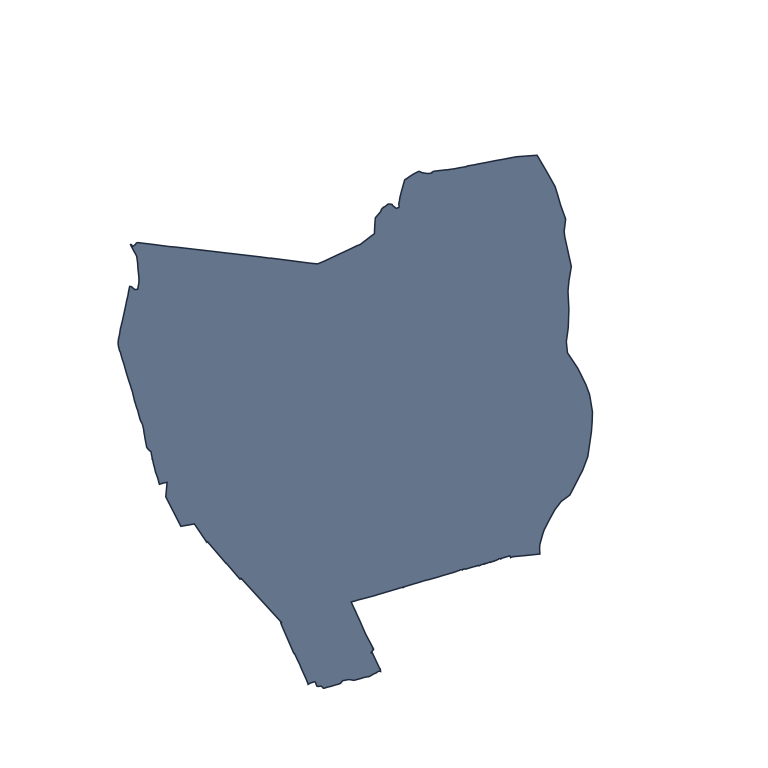 Daeni, Tulcea, Romania (orthographic projection), rotated 150°
{"feature_id": "2599482B15451384622174", "entity_name": "Daeni", "entity_type": "district", "adm_level": 2, "iso_a3": "ROU", "parent_name": "Romania", "parent_adm1": "Tulcea", "projection": "orthographic", "projection_center": [28.176, 44.832], "detail": "fine", "context": "isolated", "style": "filled", "palette": "slate", "viewbox_px": 768, "rotation_deg": 150, "n_neighbors": 0, "source": "geoboundaries", "source_scale": "gbopen_adm2", "svg_char_len": 6063}
<svg xmlns="http://www.w3.org/2000/svg" viewBox="0 0 768 768"><g transform="rotate(150 384 384)"><path d="M137.1,505.6L155.9,514.7L168.9,519.2L174.0,521.1L178.6,522.7L187.2,525.6L192.4,527.5L195.7,528.5L203.1,531.3L203.9,531.1L204.9,531.4L210.3,533.5L215.2,535.1L218.6,536.5L222.1,537.9L224.1,538.9L227.2,540.2L229.6,541.3L234.4,543.3L235.3,543.5L236.5,543.0L236.8,543.4L238.0,543.1L240.7,544.3L242.5,545.6L245.6,548.3L247.1,550.5L247.8,550.8L253.3,551.1L258.1,550.9L261.9,550.5L263.5,550.6L264.4,550.1L272.3,542.4L276.5,538.1L278.6,535.6L279.4,534.3L279.6,534.3L281.3,532.5L282.1,530.1L282.4,529.9L282.9,529.6L283.6,529.5L283.9,529.7L285.1,529.9L285.6,530.1L286.0,530.7L286.3,532.0L287.1,533.6L287.3,534.7L287.2,535.4L288.3,536.5L290.1,537.6L290.5,537.8L293.7,537.2L294.9,537.2L296.4,537.4L297.0,537.0L297.8,537.0L299.7,536.0L300.0,535.5L300.5,535.2L300.8,535.0L301.5,534.7L308.3,532.3L308.5,532.1L310.4,529.4L315.4,521.8L317.0,519.1L317.8,518.9L320.4,518.6L320.9,518.6L324.4,518.1L329.8,517.4L334.5,516.7L336.8,517.0L337.0,517.1L338.3,517.3L344.2,517.7L368.4,519.8L374.5,520.3L380.7,521.1L381.7,521.4L387.6,525.6L400.5,535.5L413.5,545.4L418.9,549.5L419.9,550.1L420.6,550.4L422.4,552.0L425.3,554.1L425.9,554.7L432.5,559.6L433.1,559.9L433.2,560.1L450.8,573.2L454.1,575.6L468.1,586.1L468.3,586.3L468.6,586.4L496.0,606.8L501.4,610.5L514.0,620.2L526.4,629.5L527.0,629.8L527.7,629.9L528.3,629.8L529.3,629.3L530.9,628.9L532.9,628.8L533.1,628.9L533.0,631.0L533.6,631.5L533.8,631.5L533.9,630.9L534.2,623.3L534.2,619.8L534.4,618.1L536.7,612.4L539.5,606.7L543.1,598.6L545.6,594.3L550.0,589.2L552.6,590.4L554.1,594.7L555.5,595.7L559.5,591.2L561.3,588.9L566.2,583.8L567.2,582.5L574.2,574.8L578.9,569.6L580.9,567.6L582.7,565.6L584.3,564.1L586.3,561.6L588.5,558.9L591.4,555.8L593.4,553.1L594.3,551.5L595.0,549.8L596.4,545.1L596.4,543.6L598.2,536.8L598.7,534.3L599.2,531.6L599.8,529.4L601.7,522.0L603.4,514.5L604.0,511.4L604.5,509.0L604.7,508.4L604.7,507.9L605.2,506.2L605.8,502.9L606.3,501.5L607.6,496.9L608.1,495.5L608.8,493.0L609.1,491.1L609.4,490.1L609.9,488.0L610.2,486.3L610.6,484.0L611.8,479.8L612.7,476.3L613.1,474.8L613.2,473.2L613.3,472.6L613.2,471.5L613.5,469.4L613.6,469.0L614.6,465.8L614.8,465.1L616.1,462.1L617.2,458.9L618.1,456.7L619.2,453.5L619.7,452.1L620.6,449.3L621.1,448.2L621.1,447.0L620.9,445.7L620.6,444.5L620.2,443.2L619.6,441.6L620.5,439.7L621.0,438.1L621.5,436.5L621.7,436.2L621.8,435.8L621.9,435.4L622.2,435.1L622.4,435.0L622.3,434.4L622.3,433.9L623.5,430.4L624.9,425.2L625.2,424.3L625.6,423.1L626.0,421.7L626.2,420.0L627.1,415.4L627.5,413.7L628.4,410.7L628.6,409.9L628.6,409.4L624.0,408.4L621.1,407.2L629.4,395.4L631.1,362.3L618.2,357.6L616.6,335.4L615.7,335.5L610.5,307.6L610.2,307.6L606.3,287.0L605.2,287.2L605.1,286.6L604.8,286.7L592.0,228.7L592.6,228.8L592.8,228.8L592.9,228.5L593.5,224.6L596.7,196.5L596.7,195.6L596.4,195.4L596.3,195.0L596.4,194.1L596.5,192.9L596.6,191.2L596.8,189.8L597.0,186.7L597.2,183.6L597.8,179.4L598.8,169.6L599.0,167.3L599.6,163.0L599.8,162.2L599.9,161.8L597.4,161.8L592.7,160.8L592.6,160.2L592.6,159.7L592.8,158.4L593.1,157.1L593.1,156.4L593.2,155.8L592.3,155.0L591.5,154.6L590.7,154.4L589.5,153.8L589.3,153.3L589.0,152.6L588.9,152.0L588.8,151.1L588.5,150.8L588.1,150.5L587.0,150.2L586.2,150.1L583.8,149.5L581.6,148.8L580.5,148.5L576.8,147.7L574.6,147.1L571.9,146.5L571.2,146.5L570.8,146.7L569.6,147.2L568.9,147.5L568.5,147.6L567.9,147.6L567.3,147.4L565.0,146.6L563.2,146.0L562.6,145.8L562.0,145.4L560.1,144.0L558.9,142.9L558.5,142.5L557.8,142.3L555.8,141.7L554.5,141.4L550.9,140.4L548.7,140.0L545.5,139.0L544.8,138.7L544.3,138.4L542.8,138.0L540.2,138.0L538.2,138.1L536.1,137.8L535.1,137.7L534.2,137.8L533.3,138.0L532.6,137.9L532.2,137.8L531.6,137.5L531.2,137.2L530.9,136.9L530.7,136.7L530.2,137.7L530.2,137.9L529.7,139.1L530.0,139.4L528.5,157.5L529.3,157.5L529.5,157.7L527.5,158.7L526.0,159.1L525.8,160.3L525.5,160.2L524.9,177.1L523.2,191.8L522.7,197.7L522.5,199.8L522.2,201.6L521.8,208.0L521.4,211.6L520.6,211.4L519.5,211.2L518.2,210.7L514.7,210.0L509.4,208.5L498.0,205.4L496.1,205.0L494.2,204.6L489.7,203.5L485.1,202.4L481.8,201.6L472.4,199.4L468.8,198.5L469.0,198.1L467.1,198.1L466.6,197.9L465.8,197.8L465.2,197.7L464.7,197.5L463.2,197.2L460.9,196.6L459.0,196.2L456.6,195.6L454.7,195.1L451.1,194.3L450.5,194.1L449.5,194.0L448.0,193.6L447.0,193.3L446.9,193.4L444.2,192.5L441.3,191.7L438.1,190.9L435.9,190.3L432.0,189.4L430.4,189.1L429.8,188.9L427.9,188.5L424.8,187.7L421.8,187.0L420.4,186.6L415.5,185.5L413.9,185.4L412.9,185.1L412.5,185.0L411.7,184.9L410.9,184.9L409.7,184.4L409.4,184.2L409.2,183.8L408.8,184.0L408.2,183.9L407.9,183.7L407.5,183.8L407.0,183.8L406.8,183.7L405.8,182.7L405.4,182.7L398.0,181.0L396.7,180.5L395.7,180.3L395.3,180.4L395.2,180.3L395.1,180.1L394.4,180.1L394.1,180.0L393.0,179.7L393.1,179.4L393.0,179.2L392.8,179.1L392.4,179.0L392.2,178.9L391.1,178.8L390.6,178.9L390.0,179.0L389.7,178.9L388.2,178.2L387.3,178.1L387.2,177.8L386.8,177.7L386.7,177.9L386.4,178.1L385.4,177.8L385.2,177.5L384.8,177.3L383.9,177.2L383.2,177.1L381.3,176.9L381.1,176.9L381.0,176.7L381.0,176.3L379.5,176.1L378.2,175.8L377.6,175.6L377.6,175.8L376.0,175.4L375.7,175.4L375.3,175.2L373.9,175.2L373.6,175.1L373.3,175.1L373.0,175.0L372.6,175.0L371.8,175.2L371.6,175.2L371.3,175.1L371.1,174.9L370.9,174.8L370.7,174.8L370.5,174.4L370.5,174.1L370.4,174.0L369.9,174.2L368.7,174.1L367.4,173.8L366.0,173.5L366.0,173.4L363.6,172.9L360.9,172.3L361.2,170.3L360.0,170.2L357.9,169.8L358.0,169.6L355.3,168.4L347.5,164.8L334.0,158.8L331.3,164.1L329.4,166.9L326.4,169.9L321.7,174.5L318.3,177.5L308.6,183.8L299.5,189.3L298.6,189.8L289.3,193.7L278.6,194.9L273.5,198.1L263.6,204.5L261.2,206.1L255.3,209.8L243.8,219.2L228.4,238.7L223.0,246.6L217.7,255.1L217.3,255.9L212.5,268.6L211.2,272.3L209.5,282.3L208.7,293.5L208.4,299.6L208.3,300.7L209.5,319.3L205.8,327.6L204.8,329.7L200.4,335.3L196.1,340.9L186.5,356.3L178.3,372.3L176.0,375.6L172.2,380.9L163.0,392.1L153.8,421.2L151.6,426.2L144.2,436.0L141.6,450.6L139.0,461.0L137.1,469.4L137.0,478.6L136.9,486.5L137.0,502.8L137.1,505.6Z" fill="#64748b" stroke="#1e293b" stroke-width="1.5"/></g></svg>